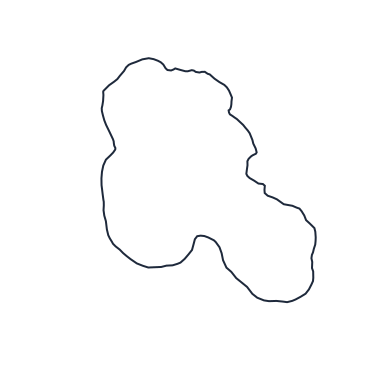 the district of Kartala, Andjazîdja, Comoros, rotated 154°
{"feature_id": "10938185B58200193875213", "entity_name": "Kartala", "entity_type": "district", "adm_level": 2, "iso_a3": "COM", "parent_name": "Comoros", "parent_adm1": "Andjazîdja", "projection": "natural_earth1", "projection_center": [43.364, -11.764], "detail": "fine", "context": "isolated", "style": "outline", "palette": "slate", "viewbox_px": 384, "rotation_deg": 154, "n_neighbors": 0, "source": "geoboundaries", "source_scale": "gbopen_adm2", "svg_char_len": 2380}
<svg xmlns="http://www.w3.org/2000/svg" viewBox="0 0 384 384"><g transform="rotate(154 192 192)"><path d="M168.2,328.2L172.2,331.2L178.5,333.0L185.2,333.4L190.5,334.0L193.2,334.0L196.6,332.9L200.0,330.6L206.0,328.0L209.6,326.2L213.6,325.3L219.7,324.3L224.9,322.5L227.2,321.7L227.9,321.0L229.1,318.0L232.0,312.8L234.6,309.1L236.4,306.9L237.5,304.3L238.5,299.8L239.4,294.8L239.8,290.0L239.8,282.0L239.9,274.0L240.2,271.8L240.8,270.3L241.6,267.7L241.6,265.1L242.4,263.8L245.6,262.0L249.2,260.7L255.2,258.8L260.1,254.7L264.0,249.7L267.4,244.0L270.3,237.8L271.8,233.4L273.3,229.1L275.1,223.7L275.6,221.9L277.2,218.5L279.5,214.4L281.2,209.2L281.8,205.7L282.2,203.5L284.9,195.7L286.2,189.9L286.2,186.4L285.8,182.3L285.7,180.1L284.5,176.6L282.2,171.9L280.7,167.3L278.8,163.0L276.7,158.7L272.9,152.0L268.5,147.2L264.4,143.3L259.8,141.3L252.5,138.1L247.2,137.0L241.6,134.6L236.5,133.8L233.3,133.6L227.9,135.1L222.4,137.5L217.4,139.9L213.8,144.0L210.1,148.3L206.7,150.0L203.4,149.0L200.2,147.0L197.3,144.0L193.5,139.0L192.6,136.6L191.5,130.3L192.2,124.0L194.0,117.1L194.2,108.9L191.7,103.0L190.0,95.2L187.9,90.7L184.1,82.5L182.4,74.0L179.7,68.4L174.8,63.0L170.6,60.1L163.9,57.1L158.4,53.7L154.8,51.3L149.6,50.2L146.0,50.0L140.6,50.2L134.5,50.8L129.6,53.2L125.2,56.5L122.3,58.9L120.6,61.7L117.9,67.5L117.5,71.0L114.6,76.4L113.7,80.1L111.8,82.9L109.7,84.7L107.4,87.5L104.3,90.7L102.4,93.8L100.7,97.0L98.6,102.2L97.8,105.9L100.1,112.4L101.8,116.7L101.4,121.7L101.9,126.7L102.7,130.0L104.8,132.1L107.8,135.6L112.6,139.1L114.9,140.8L116.8,144.3L118.9,148.2L121.9,151.8L125.6,155.5L127.1,159.2L125.9,162.2L123.8,165.7L124.8,168.1L128.6,170.5L131.2,175.0L134.1,179.3L135.2,182.2L135.2,184.5L132.9,188.0L130.4,191.7L128.7,195.4L126.4,197.1L123.0,198.2L121.3,198.4L117.8,198.4L116.5,199.3L115.7,203.2L115.7,208.6L114.9,212.3L114.4,219.5L114.9,222.7L115.9,226.6L116.6,229.8L118.3,234.2L119.7,237.9L121.2,240.5L122.3,242.6L123.9,245.2L123.9,247.2L123.3,249.3L121.6,249.6L119.6,251.5L118.1,253.7L116.8,256.1L114.7,259.3L114.5,262.4L114.3,266.9L114.8,270.8L116.0,274.1L117.3,276.0L119.2,278.8L122.1,284.0L124.5,289.9L126.1,291.4L127.8,294.4L130.6,295.7L132.9,296.1L136.0,298.3L137.1,300.3L138.8,301.6L143.0,302.4L145.1,303.5L148.9,306.8L152.9,310.4L155.0,310.2L157.5,310.4L160.6,312.4L161.5,314.8L161.9,319.1L163.2,322.3L165.1,324.9L168.2,328.2Z" fill="none" stroke="#1e293b" stroke-width="2"/></g></svg>